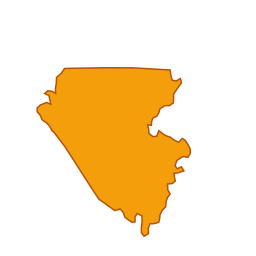 Iomerê, Santa Catarina, Brazil (Robinson projection), rotated 43°
{"feature_id": "56859067B7415267363255", "entity_name": "Iomerê", "entity_type": "district", "adm_level": 2, "iso_a3": "BRA", "parent_name": "Brazil", "parent_adm1": "Santa Catarina", "projection": "robinson", "projection_center": [-51.259, -26.979], "detail": "fine", "context": "isolated", "style": "filled", "palette": "amber", "viewbox_px": 256, "rotation_deg": 43, "n_neighbors": 0, "source": "geoboundaries", "source_scale": "gbopen_adm2", "svg_char_len": 1371}
<svg xmlns="http://www.w3.org/2000/svg" viewBox="0 0 256 256"><g transform="rotate(43 128 128)"><path d="M41.9,133.5L41.2,139.7L45.2,144.4L48.0,148.6L51.4,152.0L47.2,153.1L43.9,155.5L43.5,159.6L48.0,158.2L51.3,160.4L55.3,163.3L51.1,164.8L48.2,171.0L47.9,175.3L50.7,178.1L55.0,178.5L59.7,180.6L64.4,179.8L69.0,180.0L74.1,181.7L77.4,181.7L94.8,184.7L142.7,196.9L150.2,198.7L155.3,199.9L174.6,197.4L177.6,192.5L182.4,193.1L186.5,195.4L190.7,195.0L194.8,194.4L197.2,191.9L193.9,188.4L193.0,184.3L198.0,182.7L202.4,187.0L205.5,191.5L209.2,195.4L213.6,196.2L215.0,191.3L211.0,187.2L209.4,183.0L212.0,180.5L214.8,176.1L212.9,172.6L210.6,169.7L209.2,164.8L209.2,159.9L206.1,155.9L204.3,152.0L203.7,147.5L199.3,146.1L195.1,142.0L198.3,138.3L198.7,134.4L195.3,132.1L192.6,129.8L195.2,126.6L198.1,121.2L193.5,120.0L191.8,124.3L188.1,123.4L185.9,118.5L187.6,111.5L191.8,108.5L190.8,103.9L187.7,100.9L183.1,99.2L178.4,98.0L174.8,98.6L174.9,103.9L170.2,105.2L165.0,106.0L160.9,107.8L157.2,108.5L152.4,108.9L154.6,114.5L152.0,117.3L147.2,117.7L144.0,114.9L140.1,112.2L143.3,110.1L141.0,107.4L139.4,103.9L141.0,99.8L140.3,96.1L138.3,92.3L139.6,86.7L143.1,83.2L144.0,78.7L141.5,75.6L138.3,72.3L137.0,64.5L136.3,58.5L132.6,56.1L131.2,60.7L127.7,62.9L124.1,60.7L119.2,56.9L90.5,80.7L70.3,99.4L44.7,124.1L41.0,127.8L41.9,133.5Z" fill="#f59e0b" stroke="#b45309" stroke-width="1.5"/></g></svg>